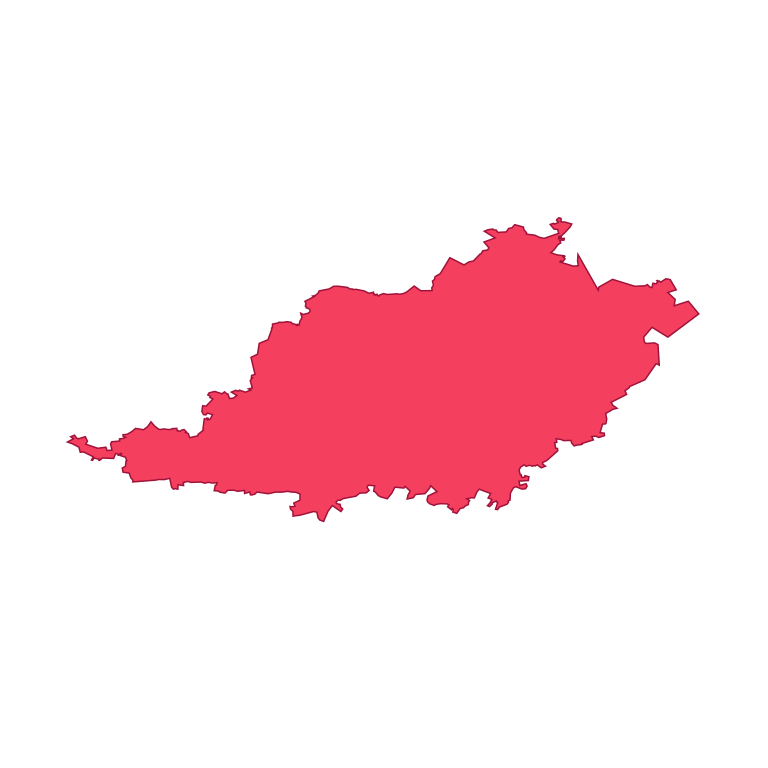 outline of San Carlos, Córdoba, Colombia, rotated 82°
{"feature_id": "7082276B45851614752586", "entity_name": "San Carlos", "entity_type": "district", "adm_level": 2, "iso_a3": "COL", "parent_name": "Colombia", "parent_adm1": "Córdoba", "projection": "equal_earth", "projection_center": [-75.703, 8.685], "detail": "fine", "context": "isolated", "style": "filled", "palette": "rose", "viewbox_px": 768, "rotation_deg": 82, "n_neighbors": 0, "source": "geoboundaries", "source_scale": "gbopen_adm2", "svg_char_len": 6155}
<svg xmlns="http://www.w3.org/2000/svg" viewBox="0 0 768 768"><g transform="rotate(82 384 384)"><path d="M409.3,694.3L409.4,691.8L410.1,690.0L415.6,682.0L418.6,684.3L419.0,683.1L417.0,681.6L418.9,676.4L419.8,676.9L420.1,676.3L418.1,673.1L420.1,662.1L415.5,659.4L416.3,657.2L418.2,657.2L417.3,656.9L415.8,653.2L418.1,655.2L420.5,650.3L424.0,649.3L424.3,650.2L429.6,651.5L430.8,654.9L435.0,654.7L436.8,648.7L441.6,647.8L444.5,645.9L446.0,646.4L447.4,623.8L447.2,620.4L448.1,614.9L447.6,609.3L456.6,608.7L458.8,607.2L458.5,605.4L459.5,602.8L455.1,602.0L456.7,596.6L453.8,596.5L453.1,592.2L454.6,588.6L455.6,578.9L457.3,575.3L456.9,571.9L458.3,567.2L458.5,562.9L460.8,564.0L460.7,565.1L466.0,567.0L467.0,562.8L468.3,561.6L469.9,556.6L467.5,553.6L468.3,547.5L469.9,543.7L470.0,537.0L473.0,537.3L472.3,532.0L475.2,531.7L475.5,530.5L475.1,527.3L473.3,524.8L476.5,514.1L476.0,506.4L476.9,499.5L476.9,494.0L477.7,492.3L479.0,486.2L481.3,482.5L487.3,483.4L489.4,490.0L492.7,489.1L492.8,492.4L492.2,494.1L494.9,494.0L497.5,491.9L502.2,492.5L502.2,485.3L500.5,471.4L501.6,468.3L507.1,468.0L509.7,466.6L511.7,462.9L502.0,457.0L497.2,452.1L504.3,444.4L502.1,442.3L499.7,444.1L497.0,444.2L496.4,446.5L495.3,447.8L494.2,447.9L493.1,446.3L492.5,445.1L493.2,443.7L491.8,440.5L491.2,427.4L488.7,423.3L489.3,416.7L487.3,413.5L484.1,415.2L482.0,413.7L483.5,407.5L488.8,409.2L489.7,407.6L493.5,405.4L495.2,403.3L498.1,396.7L493.1,391.4L487.7,387.6L489.8,378.8L488.4,377.2L493.7,373.0L497.5,375.8L501.1,377.1L500.7,370.8L497.8,368.3L498.3,358.7L493.5,353.3L491.2,352.0L497.9,346.5L501.0,356.0L504.6,357.5L506.7,357.3L509.0,355.4L511.2,351.3L510.4,348.7L510.4,344.5L511.5,338.3L512.6,336.6L514.4,338.1L517.9,334.7L516.8,333.7L517.8,332.9L520.4,333.7L522.2,330.0L517.9,325.9L517.6,322.5L516.1,320.5L515.1,317.2L513.0,316.9L511.3,315.4L509.2,318.1L508.8,313.1L509.4,310.4L503.9,307.1L501.4,304.4L507.3,293.6L511.4,296.8L513.3,293.2L516.7,295.8L518.9,298.5L520.1,296.5L517.9,293.5L516.8,293.7L515.5,289.2L516.1,289.3L517.2,287.9L523.6,291.0L524.2,289.0L521.9,286.7L520.2,279.0L518.6,277.3L517.0,277.3L516.6,275.4L509.7,274.0L505.0,270.5L504.0,267.9L507.3,262.0L507.4,258.4L505.1,256.5L502.5,257.2L503.4,263.6L499.0,263.8L499.7,254.5L496.0,253.4L494.4,257.2L495.9,257.5L495.6,260.6L492.9,260.8L492.8,261.7L488.0,262.2L485.4,260.4L483.5,256.5L485.3,254.7L484.8,252.1L485.2,249.9L486.1,248.5L485.6,246.7L486.2,245.7L485.4,243.5L488.9,239.9L487.8,235.6L485.7,237.8L484.0,238.0L482.3,233.2L474.4,221.3L472.0,221.1L471.4,223.0L465.9,223.1L465.8,221.0L462.2,221.1L463.7,216.2L465.1,213.9L465.9,206.7L468.5,206.4L471.8,204.4L471.3,201.8L471.5,197.6L471.1,196.1L470.5,196.4L468.5,184.5L465.0,185.6L465.1,181.6L466.9,178.7L465.8,172.8L463.3,172.8L462.3,176.8L454.2,173.2L454.3,170.1L453.5,169.5L449.7,168.3L444.1,168.6L440.9,160.8L440.5,156.6L436.9,160.4L433.7,161.6L428.1,145.2L424.2,146.3L422.0,142.0L420.6,140.9L416.1,125.0L401.7,111.6L403.6,108.8L383.1,107.2L380.9,110.5L380.4,118.2L379.4,119.8L377.9,120.4L373.7,120.3L365.2,110.7L377.1,96.4L358.4,62.5L344.4,71.1L346.9,85.7L340.8,83.9L332.9,90.2L331.4,81.5L320.5,86.0L319.0,90.1L321.6,95.7L320.2,97.3L320.6,98.1L319.5,98.9L319.6,99.4L320.7,98.7L322.7,100.6L321.6,103.6L325.8,105.3L325.1,107.1L322.2,109.4L323.1,111.7L322.1,122.1L312.2,143.1L318.0,157.9L320.9,158.8L282.7,173.9L289.2,175.2L294.0,175.1L293.6,180.1L287.8,192.7L286.7,192.2L287.5,189.7L286.5,188.5L285.1,187.3L283.3,188.9L282.9,187.2L282.2,187.4L280.1,195.0L277.2,200.5L274.7,196.7L270.5,192.7L268.8,189.3L266.2,190.0L266.5,185.6L264.9,185.2L264.4,190.9L263.7,190.7L263.9,188.1L263.0,188.0L262.9,190.5L262.2,190.4L262.2,188.0L258.8,183.2L254.1,177.6L251.7,175.8L248.8,182.3L248.1,186.1L245.0,185.6L244.0,186.6L243.8,187.7L245.1,189.9L246.2,190.4L247.7,188.5L248.4,189.1L249.4,193.1L248.5,193.7L249.1,197.2L254.3,194.1L255.1,190.5L259.1,190.1L262.1,205.2L260.3,209.9L257.6,214.0L255.4,222.1L254.0,221.8L250.6,224.0L248.0,224.1L244.4,232.4L247.1,235.4L247.3,238.9L250.4,241.8L249.7,250.2L247.2,251.4L246.8,253.8L245.7,254.6L245.7,259.5L246.7,263.4L254.8,253.6L257.3,265.2L263.7,261.2L265.7,262.7L265.8,267.6L268.7,269.9L268.6,270.7L274.6,278.3L274.9,282.7L277.2,288.2L268.1,301.2L282.5,312.9L284.8,318.4L287.7,319.7L288.8,321.7L293.0,321.3L295.4,323.3L298.2,323.4L296.8,334.6L291.2,340.5L296.1,348.8L297.2,352.6L297.3,356.1L296.5,358.6L295.8,368.3L294.4,371.9L295.2,375.7L296.1,376.8L295.8,377.7L294.1,378.4L295.0,380.2L293.6,380.8L293.8,381.8L291.6,381.7L292.1,386.3L289.2,390.4L286.5,398.0L286.0,402.0L285.3,402.4L285.4,404.0L283.2,406.9L280.8,415.8L280.2,420.3L282.2,425.0L282.8,435.3L284.9,436.6L286.8,439.8L287.0,442.2L287.8,441.1L291.1,450.8L293.2,450.1L296.0,451.0L297.0,450.0L297.7,450.4L299.5,447.2L301.0,446.9L302.6,447.8L303.4,449.5L303.9,454.3L302.3,456.6L306.9,456.0L310.2,458.6L313.8,459.9L312.8,461.5L313.1,462.1L313.9,461.8L313.9,462.5L312.7,463.2L311.4,466.5L310.1,467.1L308.8,471.4L308.9,476.0L308.2,479.4L308.8,480.4L309.1,486.0L312.1,486.6L313.1,487.6L313.8,487.3L324.0,492.7L326.4,501.9L336.9,505.1L339.1,512.0L356.6,510.4L357.1,513.9L359.8,514.6L359.8,513.6L362.0,516.0L369.5,515.0L370.0,518.8L371.5,516.7L372.8,522.4L370.0,528.0L370.9,529.3L369.6,531.7L370.8,536.3L374.9,531.2L377.1,535.5L376.8,539.0L372.1,540.0L371.9,541.0L369.6,543.0L371.1,545.9L367.8,552.6L368.4,558.4L370.3,560.0L372.0,557.6L373.1,558.3L375.1,555.6L381.2,563.3L380.3,566.6L385.8,568.2L389.2,567.0L389.8,564.6L388.2,562.9L390.5,558.1L394.7,561.1L395.0,563.4L393.6,562.8L393.0,564.3L394.2,565.1L393.4,566.8L403.5,569.6L404.5,569.2L407.9,575.0L409.4,575.6L410.1,583.9L405.9,584.7L404.4,587.2L404.0,586.3L401.3,588.3L401.5,590.9L402.5,592.5L401.6,594.2L401.7,595.2L399.1,595.4L398.7,599.8L399.1,600.0L399.2,603.3L397.8,608.5L398.0,611.2L397.5,613.3L393.6,617.1L389.0,620.0L393.3,624.0L395.8,628.5L393.4,636.2L395.9,640.1L398.1,645.4L397.9,649.5L399.5,649.6L400.8,647.3L401.6,649.8L401.5,653.6L403.7,653.7L403.3,661.7L405.2,663.1L411.6,662.6L411.3,667.5L407.9,668.2L407.8,676.4L402.1,687.8L399.5,685.6L394.6,687.1L395.7,694.2L394.8,695.9L391.6,697.6L392.6,701.6L395.0,699.1L397.4,705.5L399.9,700.8L404.1,694.9L409.3,694.3Z" fill="#f43f5e" stroke="#9f1239" stroke-width="1.5"/></g></svg>